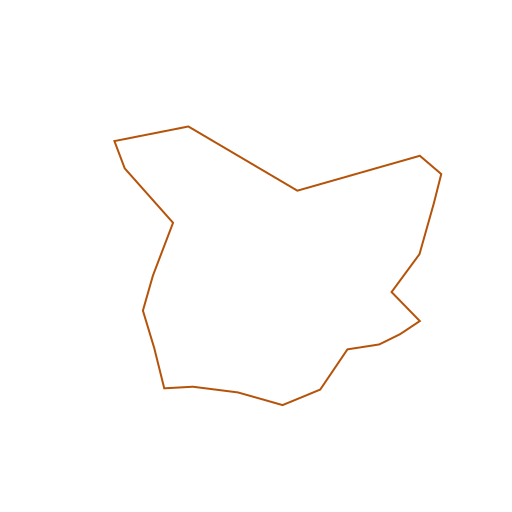 outline of Daugavpils, rotated 24°
{"feature_id": "LVA-4850", "entity_name": "Daugavpils", "entity_type": "Republican City", "adm_level": 1, "iso_a3": "LVA", "parent_name": "Latvia", "parent_adm1": "", "projection": "natural_earth1", "projection_center": [26.555, 55.894], "detail": "fine", "context": "isolated", "style": "outline", "palette": "amber", "viewbox_px": 512, "rotation_deg": 24, "n_neighbors": 0, "source": "natural_earth", "source_scale": "10m", "svg_char_len": 438}
<svg xmlns="http://www.w3.org/2000/svg" viewBox="0 0 512 512"><g transform="rotate(24 256 256)"><path d="M364.9,97.8L391.9,105.8L397.0,135.3L404.6,187.8L394.5,233.8L432.1,248.8L419.4,268.8L404.5,286.7L377.5,304.1L369.0,351.9L340.9,381.4L294.9,388.0L251.5,401.1L226.0,414.2L200.4,381.4L174.9,351.9L169.8,315.8L166.7,259.4L100.5,229.4L79.9,208.6L141.5,165.2L267.2,179.5L364.9,97.8Z" fill="none" stroke="#b45309" stroke-width="2"/></g></svg>